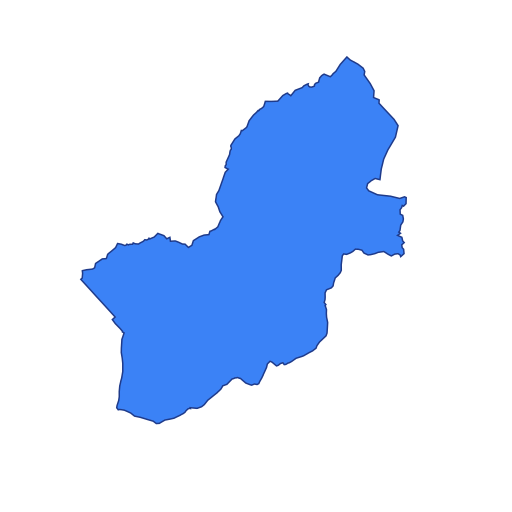 Todee, Montserrado, Liberia, rotated 228°
{"feature_id": "62588387B18343621802172", "entity_name": "Todee", "entity_type": "district", "adm_level": 2, "iso_a3": "LBR", "parent_name": "Liberia", "parent_adm1": "Montserrado", "projection": "natural_earth1", "projection_center": [-10.474, 6.631], "detail": "fine", "context": "isolated", "style": "filled", "palette": "blue", "viewbox_px": 512, "rotation_deg": 228, "n_neighbors": 0, "source": "geoboundaries", "source_scale": "gbopen_adm2", "svg_char_len": 5780}
<svg xmlns="http://www.w3.org/2000/svg" viewBox="0 0 512 512"><g transform="rotate(228 256 256)"><path d="M343.1,456.7L342.0,446.8L341.4,444.7L339.8,439.0L339.8,438.2L339.9,435.1L339.6,434.3L339.5,432.0L339.5,431.3L339.5,431.2L340.7,430.6L344.7,428.7L345.6,428.3L345.9,427.0L346.1,425.2L345.9,424.1L345.8,422.6L344.7,420.9L344.3,420.2L343.3,418.8L343.9,417.3L344.4,415.9L344.4,415.4L344.3,414.8L344.2,414.2L343.7,413.6L343.2,413.1L343.5,412.2L344.3,410.3L345.3,409.4L345.6,409.1L346.7,408.8L347.0,408.8L348.6,409.3L349.0,410.0L349.5,409.0L349.5,408.9L350.4,405.6L350.4,405.1L350.2,403.0L352.9,396.0L351.8,389.1L353.3,388.9L354.2,388.5L355.4,388.3L355.9,388.2L356.0,388.3L356.1,388.1L356.5,387.2L357.3,383.3L356.5,375.8L360.3,371.2L361.0,370.4L363.7,367.5L364.7,366.4L364.1,365.5L362.5,362.8L361.9,361.7L361.9,359.9L362.0,358.6L362.1,358.3L362.6,356.4L362.1,356.0L362.2,354.9L362.7,354.7L362.4,352.4L362.4,349.6L362.4,348.5L362.0,346.1L361.1,341.3L361.0,341.2L358.6,336.7L358.1,335.9L358.1,335.4L357.9,334.9L358.1,331.9L358.3,329.6L359.1,329.1L358.1,327.4L357.4,326.2L356.8,323.7L357.1,318.9L357.1,318.7L356.2,315.5L355.5,313.1L355.2,311.9L355.0,311.4L354.6,310.8L353.0,310.1L351.9,309.1L351.7,307.7L350.8,306.3L349.1,304.3L348.1,302.1L345.7,296.6L344.9,295.9L343.9,295.1L343.6,293.5L342.5,292.2L340.3,293.0L339.1,293.5L338.8,289.2L336.4,284.8L336.1,284.3L335.0,282.4L333.4,279.4L333.0,278.7L329.4,272.1L329.1,271.0L328.3,268.4L328.1,267.8L326.3,265.7L326.2,265.6L325.2,264.3L324.7,263.7L323.4,262.2L319.0,261.1L318.0,260.9L316.2,260.1L312.9,258.7L312.1,258.6L308.3,257.9L307.2,257.7L307.0,256.9L306.3,254.0L306.0,253.3L306.0,253.0L305.7,252.6L304.7,250.3L303.7,248.2L303.2,247.1L303.3,244.0L303.3,243.1L303.7,243.1L303.9,242.3L304.6,239.5L304.7,239.3L305.2,238.3L303.4,235.3L306.3,231.4L308.2,226.6L308.4,225.2L309.2,220.4L309.3,219.7L308.6,218.5L306.9,215.6L306.9,215.2L307.2,213.6L307.6,211.5L312.3,211.2L314.1,209.3L314.7,209.1L315.6,208.7L317.3,208.0L317.8,207.8L321.0,206.2L321.5,205.7L324.2,202.3L327.5,204.5L328.5,201.2L332.6,201.2L332.9,201.1L335.8,199.6L336.3,199.3L337.2,198.8L338.5,198.2L338.2,193.0L339.8,188.4L340.8,188.4L340.5,187.3L341.0,185.5L342.5,184.3L342.3,182.2L343.3,178.3L343.5,176.7L345.9,174.4L347.9,173.5L347.3,172.2L349.3,169.8L349.7,168.5L351.2,168.0L351.0,166.9L351.5,165.6L351.9,165.3L354.3,164.1L354.7,163.9L355.4,163.4L357.9,161.5L356.4,157.8L356.3,157.6L356.2,157.3L356.2,155.7L356.3,152.4L356.3,152.1L356.4,150.3L356.5,148.7L356.5,147.3L356.5,146.9L355.6,145.4L354.6,143.7L354.3,143.1L354.4,142.8L356.7,139.8L357.8,131.8L357.5,131.4L356.2,129.6L355.5,128.6L355.2,128.1L355.7,125.7L359.1,121.0L361.3,117.1L361.2,117.0L360.8,116.7L359.2,115.6L358.8,115.2L355.9,112.1L355.9,110.5L355.9,110.2L355.5,110.2L340.9,110.3L332.8,110.3L324.8,110.4L304.9,110.5L304.9,106.7L300.8,106.3L299.9,106.2L293.0,106.5L289.5,106.4L289.0,105.9L287.1,106.5L285.0,102.8L283.8,100.6L282.0,98.8L277.6,94.3L274.4,91.3L269.7,88.3L265.3,85.1L259.3,79.7L255.1,74.4L253.6,72.0L252.5,70.5L250.6,67.8L246.8,63.7L244.0,61.2L242.8,60.1L240.5,57.3L238.3,53.5L238.0,52.9L236.9,51.5L236.4,50.9L235.5,50.9L233.9,50.7L233.2,51.9L231.9,53.1L229.5,55.0L226.2,56.5L225.3,56.9L223.2,57.8L218.3,58.6L213.5,62.1L207.7,65.6L202.0,69.1L198.2,69.8L196.3,72.2L196.2,72.8L195.9,74.4L195.0,78.6L192.2,83.2L190.3,86.6L189.7,88.8L188.4,93.1L188.3,93.9L187.6,96.5L187.4,98.6L187.6,99.5L187.8,100.2L187.9,103.1L187.1,104.9L186.6,105.2L187.3,105.6L182.5,110.0L181.9,110.8L181.9,111.0L180.4,114.7L180.2,117.7L180.2,118.3L180.8,121.9L180.9,122.5L181.1,123.6L180.4,136.0L180.5,136.4L180.5,138.7L180.6,140.8L181.4,143.5L181.8,144.3L180.3,148.1L180.1,148.3L180.5,154.5L180.6,156.0L179.8,157.5L179.5,158.8L178.7,159.7L178.2,160.8L177.1,161.5L176.8,161.7L176.4,161.7L175.5,162.5L168.4,163.4L164.5,165.4L163.3,166.1L162.9,166.4L162.7,167.0L162.6,167.3L161.9,169.2L159.8,170.8L159.7,171.0L159.3,172.7L159.9,174.0L160.1,174.4L161.1,177.4L161.4,178.4L162.8,181.8L163.0,182.0L164.0,184.4L166.1,189.2L168.1,192.1L168.2,192.7L168.3,194.7L168.4,195.9L168.0,196.2L166.3,196.9L160.6,197.7L160.3,198.4L159.9,199.4L159.7,202.3L158.7,204.5L156.4,204.3L155.5,205.6L155.1,207.6L155.1,207.9L154.4,209.3L153.8,211.9L153.2,217.3L150.7,222.8L150.0,224.6L148.7,230.6L147.6,234.7L147.6,235.7L147.3,238.9L147.9,240.0L148.6,241.3L149.6,245.7L149.8,254.6L151.2,257.2L155.1,261.2L158.5,264.6L158.9,264.9L163.3,267.5L165.3,269.1L165.6,269.3L166.3,269.9L169.0,272.5L173.0,274.3L173.1,275.4L175.8,275.5L177.4,278.1L179.2,279.9L181.4,281.8L182.4,282.7L183.7,285.8L181.9,290.7L182.2,293.3L184.1,295.7L185.4,298.0L186.7,300.2L186.7,304.1L187.2,307.4L188.3,309.8L192.5,313.5L194.4,315.7L197.8,319.6L198.4,320.3L198.9,322.5L196.6,324.4L195.2,328.1L194.6,331.0L194.6,331.6L194.6,334.4L192.5,336.6L189.4,338.6L185.9,338.2L182.7,339.6L181.9,339.9L180.3,342.1L178.3,345.8L178.1,346.2L177.0,349.2L175.4,351.6L174.2,353.4L173.8,354.0L169.0,355.3L165.5,356.6L164.6,360.3L162.7,363.1L160.4,363.8L158.7,363.1L158.7,367.6L162.2,370.2L164.4,370.2L166.8,371.8L166.8,375.1L169.1,375.1L171.0,376.2L172.3,376.9L176.6,375.0L176.2,378.6L178.2,378.1L178.6,380.0L180.5,382.3L182.1,384.2L183.1,388.0L184.9,390.3L185.7,390.8L188.0,392.2L190.6,391.2L194.0,394.0L194.5,396.6L195.7,398.5L194.3,399.0L194.5,402.5L198.9,406.7L200.6,406.0L202.6,401.3L210.4,396.0L218.9,388.4L220.3,387.2L229.0,383.4L232.6,383.7L235.1,387.4L234.9,390.7L234.9,391.9L233.9,396.4L229.8,399.2L233.3,403.2L236.9,407.4L239.8,411.7L241.4,414.0L242.6,415.8L246.7,425.2L247.5,427.9L251.0,439.1L257.3,448.1L257.8,448.8L265.1,450.0L275.9,449.8L280.9,449.7L287.2,449.6L288.2,450.6L289.6,452.0L295.1,449.4L299.8,454.3L307.5,456.2L308.2,456.3L318.2,457.5L318.6,458.0L319.3,458.9L320.4,460.3L323.9,461.3L330.4,460.1L338.5,457.2L343.1,456.7Z" fill="#3b82f6" stroke="#1e3a8a" stroke-width="1.5"/></g></svg>